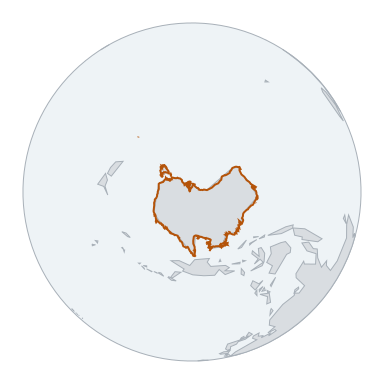 Australia on an orthographic globe, rotated 164°
{"feature_id": "AUS", "entity_name": "Australia", "entity_type": "country or territory", "adm_level": 0, "iso_a3": "AUS", "parent_name": "Oceania", "parent_adm1": "", "projection": "orthographic", "projection_center": [137.073, -32.4], "detail": "fine", "context": "on_globe", "style": "outline", "palette": "amber", "viewbox_px": 384, "rotation_deg": 164, "n_neighbors": 0, "source": "natural_earth", "source_scale": "50m", "svg_char_len": 10968}
<svg xmlns="http://www.w3.org/2000/svg" viewBox="0 0 384 384"><g transform="rotate(164 192 192)"><circle cx="192" cy="192" r="169" fill="#eef3f6" stroke="#a8b0b8"/><path d="M302.6,167.8L302.5,169.0L302.3,169.1L302.6,167.8ZM339.4,112.6L338.0,109.5L339.8,112.6L339.4,112.6ZM336.4,106.9L337.1,108.1L336.4,106.9L336.4,106.9ZM335.5,105.6L336.2,106.5L335.6,105.8L335.5,105.6ZM334.4,104.2L335.0,104.9L334.4,104.2ZM332.3,101.3L331.7,100.5L332.1,100.7L332.3,101.3ZM231.0,356.4L232.7,356.0L240.7,353.8L231.0,356.4ZM233.1,28.1L227.9,27.5L222.6,25.8L233.1,28.1ZM195.9,23.1L188.7,23.3L196.9,23.4L199.8,23.9L194.3,26.3L170.5,32.1L174.1,34.7L172.8,36.6L166.4,38.0L168.0,35.1L163.5,34.4L165.5,32.8L155.7,34.7L158.0,32.6L149.3,35.5L150.2,37.0L157.9,35.7L149.4,39.7L154.4,42.7L152.5,47.6L135.7,58.9L122.3,64.4L121.0,66.5L117.0,65.3L109.6,70.9L115.5,80.9L114.6,84.8L103.7,94.7L103.8,91.8L93.1,88.6L89.7,98.5L97.7,103.7L100.4,112.7L93.6,111.7L91.0,104.1L87.3,102.7L89.3,94.1L88.3,84.0L81.5,88.8L83.1,84.3L80.6,78.4L71.4,85.7L56.1,105.2L52.3,118.1L47.8,126.8L46.6,113.9L50.0,103.7L47.1,107.6L48.0,103.7L46.7,105.8L53.1,95.7L60.3,86.2L68.1,77.2L76.5,68.7L85.4,60.9L94.9,53.7L104.9,47.2L115.4,41.4L126.2,36.4L137.3,32.1L148.7,28.7L160.3,26.0L172.1,24.2L184.0,23.2L195.9,23.1ZM26.9,228.1L27.1,228.9L30.9,242.1L36.7,258.4L41.0,266.9L44.6,274.3L48.0,279.7L53.7,288.5L61.4,298.9L65.7,304.2L57.8,294.7L50.7,284.6L44.3,274.1L38.7,263.1L33.9,251.7L30.0,240.0L26.9,228.1ZM88.4,276.8L91.6,277.7L90.6,279.3L88.4,276.8ZM29.3,224.3L38.8,252.1L39.1,256.6L35.8,251.2L29.9,235.8L28.5,227.0L26.9,218.5L29.3,224.3ZM140.2,130.8L145.3,131.1L145.2,131.9L140.2,130.8ZM134.9,128.8L140.5,128.5L134.0,130.6L134.9,128.8ZM142.8,128.4L148.6,126.5L151.1,125.2L150.7,126.7L142.8,128.4ZM131.1,129.4L111.4,132.7L103.8,132.5L105.4,129.5L117.6,127.4L131.1,129.4ZM104.8,129.6L93.6,125.5L79.9,111.2L84.8,109.5L99.4,116.0L98.4,118.4L105.2,122.1L104.8,129.6ZM132.8,110.9L131.8,117.6L120.7,118.8L115.8,118.6L112.4,111.1L114.3,106.7L118.2,106.0L134.8,90.3L140.3,92.8L135.0,98.9L139.6,103.7L132.8,110.9ZM52.5,119.0L53.8,124.9L51.5,127.8L52.5,119.0ZM142.4,80.9L135.1,87.0L142.0,79.3L142.4,80.9ZM147.0,74.2L147.0,76.7L144.6,74.5L147.0,74.2ZM120.0,69.7L115.8,71.2L116.1,69.6L121.7,66.8L120.0,69.7ZM151.0,52.2L149.3,56.5L148.0,58.1L146.8,55.6L151.0,52.2ZM265.2,229.5L268.1,233.2L263.6,238.0L257.0,242.0L249.8,240.5L265.2,229.5ZM211.1,225.5L209.1,217.0L216.9,218.2L215.2,224.9L211.1,225.5ZM270.0,226.8L274.0,221.6L273.8,212.3L275.3,221.7L280.5,225.5L270.0,233.7L270.0,226.8ZM177.6,189.7L146.9,203.9L139.5,202.8L140.1,196.6L130.9,180.4L133.2,180.4L130.2,169.7L147.6,158.2L159.7,141.0L170.8,142.1L178.4,131.0L190.3,132.7L187.5,141.5L200.8,149.3L207.7,129.8L217.9,153.9L228.9,165.0L234.3,182.6L222.0,208.6L213.1,212.4L210.5,208.9L207.0,211.3L200.3,208.7L194.8,197.9L191.4,200.4L193.8,193.5L189.4,199.4L185.1,192.7L177.6,189.7ZM263.9,165.3L266.2,166.9L270.4,173.2L266.7,170.7L263.9,165.3ZM296.9,169.0L298.3,172.0L295.9,170.9L296.9,169.0ZM302.3,169.1L299.3,167.9L302.6,167.8L302.3,169.1ZM273.6,155.8L274.9,157.8L274.0,157.9L273.6,155.8ZM272.7,154.8L273.7,153.0L273.8,155.4L272.7,154.8ZM261.2,137.9L262.3,137.3L263.0,138.4L261.2,137.9ZM152.9,130.8L159.7,125.0L163.7,124.6L152.9,130.8ZM259.1,134.8L255.9,133.5L256.2,132.4L259.1,134.8ZM259.1,132.2L258.7,130.5L260.9,135.0L259.1,132.2ZM252.8,126.5L256.9,130.7L252.4,126.7L252.8,126.5ZM250.6,126.1L247.8,124.0L247.9,123.6L250.6,126.1ZM220.8,120.1L231.1,131.7L223.3,129.6L214.4,122.0L208.1,126.2L193.6,123.3L196.7,120.4L194.5,115.3L180.0,112.2L177.0,109.0L182.1,107.2L172.7,104.4L182.9,103.5L187.2,110.0L193.1,105.7L203.6,108.2L214.0,112.1L222.8,118.6L220.8,120.1ZM183.3,117.4L185.1,117.5L183.6,119.4L183.3,117.4ZM242.4,118.8L246.5,123.2L246.1,123.8L244.1,122.7L242.4,118.8ZM224.8,117.9L234.1,114.9L236.4,115.6L230.3,120.1L224.8,117.9ZM231.7,110.9L236.1,112.8L238.6,116.5L237.7,117.0L231.7,110.9ZM162.5,110.8L162.2,112.5L159.6,111.2L162.5,110.8ZM165.8,109.8L173.7,111.8L165.1,111.2L165.8,109.8ZM142.9,104.8L145.1,108.6L151.9,105.6L146.7,109.6L151.5,116.1L150.1,118.8L145.2,111.6L143.8,119.4L140.8,119.5L139.0,113.1L141.9,105.2L144.9,101.8L157.4,99.9L142.9,104.8ZM165.7,104.8L163.6,100.2L165.2,97.3L167.4,99.6L165.7,104.8ZM158.0,89.9L153.0,85.3L148.2,87.4L158.3,80.4L161.4,85.8L158.0,89.9ZM154.3,79.8L149.8,81.6L154.7,77.7L154.3,79.8ZM148.8,80.2L148.7,77.1L152.1,77.3L148.8,80.2ZM156.7,79.8L158.1,74.5L159.5,77.5L156.7,79.8ZM148.2,70.6L154.9,74.9L145.6,73.5L146.9,64.3L151.0,63.8L148.2,70.6ZM181.9,38.9L181.9,37.3L186.1,37.1L184.9,38.2L181.9,38.9ZM199.7,36.0L187.2,36.5L177.1,37.7L179.5,38.5L175.9,41.4L173.2,38.7L181.3,35.8L188.7,35.4L191.2,33.5L197.5,32.7L198.3,30.5L201.5,30.0L203.0,31.9L199.7,36.0ZM198.4,29.7L202.1,27.0L209.3,28.2L210.1,29.0L205.4,29.6L201.8,28.9L198.4,29.7ZM205.1,26.8L201.7,26.2L200.1,23.7L201.6,23.6L206.6,25.5L203.7,25.1L202.8,25.8L205.1,26.8Z" fill="#d9dde1" stroke="#a8b0b8" stroke-width="1"/><path d="M209.6,133.5L209.4,134.4L210.2,135.4L211.1,140.2L211.6,140.6L213.1,140.0L213.6,140.8L215.3,142.2L215.5,146.4L216.4,147.8L216.8,147.9L217.3,150.0L217.0,151.8L217.8,152.7L217.8,153.9L219.9,155.3L220.6,155.3L221.4,156.5L224.1,158.3L224.4,158.9L223.8,159.1L225.7,162.2L226.1,164.8L226.5,164.7L226.8,165.2L227.1,164.1L228.3,165.4L228.6,164.9L228.9,165.5L228.9,168.1L229.6,169.2L231.3,170.4L233.7,174.6L233.6,175.4L234.1,176.2L233.5,179.8L234.3,183.0L234.2,184.3L232.0,189.6L231.4,192.1L230.2,193.7L229.9,194.9L229.0,195.7L228.1,196.0L226.6,197.8L226.4,198.8L225.2,200.3L224.8,201.8L223.1,204.0L221.8,208.9L220.7,209.5L217.0,209.6L214.4,211.5L212.9,211.5L213.2,212.0L213.5,211.9L213.2,212.8L212.8,211.9L212.3,212.0L212.0,211.3L211.1,210.8L211.5,210.4L211.4,210.0L211.0,209.9L210.1,210.6L209.6,210.1L210.1,210.2L210.6,209.5L210.1,208.9L208.9,209.5L209.5,209.7L206.8,211.3L204.4,209.9L202.8,209.5L202.1,209.8L201.1,208.9L199.7,208.3L198.4,206.4L198.6,204.6L198.3,203.8L196.5,201.4L197.3,201.5L197.3,200.8L195.5,201.6L194.7,201.5L195.5,199.8L195.4,199.0L194.5,197.2L193.5,200.1L191.5,200.4L191.9,199.4L192.8,199.4L193.0,197.2L194.1,195.5L193.9,194.4L194.3,194.1L193.8,192.5L193.8,193.3L192.4,195.6L190.4,196.8L189.1,198.7L189.3,199.6L188.9,199.3L188.6,199.5L187.3,198.5L187.5,198.2L188.1,198.5L187.5,196.6L186.2,194.6L185.2,194.3L184.6,193.1L184.9,193.1L184.9,192.5L183.5,191.6L182.4,191.5L181.2,190.9L179.9,191.1L177.1,189.7L171.7,190.7L167.8,192.7L164.4,193.1L161.7,195.2L160.5,195.7L159.1,198.6L155.9,199.2L155.7,198.9L154.1,199.0L150.5,200.0L149.8,201.3L148.6,201.9L146.5,204.0L143.4,204.3L142.1,204.0L140.9,203.2L139.5,203.0L139.1,200.8L140.0,201.0L140.4,199.6L139.6,195.2L137.5,192.2L136.2,188.3L134.0,185.6L133.3,183.5L130.6,180.7L131.0,180.8L131.0,180.3L131.8,181.5L132.3,181.2L132.3,180.7L130.9,179.2L130.9,178.8L131.7,179.3L131.9,180.2L132.1,179.8L132.6,180.6L132.9,180.8L133.2,180.4L132.9,179.1L130.3,175.5L130.2,173.9L130.6,172.4L130.5,170.9L130.1,170.2L130.6,167.9L130.8,167.7L131.2,169.5L131.7,169.0L132.3,167.3L134.1,165.9L137.0,162.9L138.8,162.7L142.2,160.8L143.0,159.9L144.3,159.8L147.9,157.9L148.8,157.0L149.9,154.4L151.2,153.1L150.5,151.6L150.7,150.4L152.5,148.1L154.4,151.0L154.3,149.6L155.0,149.8L155.1,149.2L154.0,148.1L154.3,147.9L154.2,147.3L154.6,147.2L154.9,147.7L155.4,147.3L157.5,147.4L156.4,147.3L157.0,146.0L156.7,146.3L156.3,145.7L156.4,145.0L156.7,144.9L157.1,144.3L158.1,144.6L158.1,144.2L157.7,144.3L157.4,143.9L158.0,143.4L158.9,143.6L158.3,142.6L159.4,141.8L159.5,141.1L159.6,141.9L160.1,141.7L160.3,142.1L160.6,141.7L160.7,140.2L161.3,140.7L161.6,140.2L162.1,140.6L163.0,139.3L164.6,140.0L166.8,141.8L166.5,143.5L166.7,143.2L167.0,143.3L166.8,142.6L167.9,141.8L169.2,142.0L169.7,142.7L169.8,141.9L170.9,142.6L170.9,141.8L171.5,141.7L170.8,141.2L171.0,141.0L170.1,140.6L171.0,139.3L171.3,138.2L172.5,137.3L172.2,136.4L172.8,135.6L173.5,135.5L173.5,134.9L174.2,135.2L174.2,134.6L175.4,133.7L175.8,134.3L178.1,133.9L178.6,134.2L178.9,133.8L179.4,133.7L179.3,132.4L176.8,131.6L177.2,131.2L177.8,131.5L178.3,131.3L179.3,132.0L180.1,131.7L180.8,132.5L184.3,133.3L185.2,133.1L186.1,133.7L186.7,133.8L188.7,132.6L188.1,133.7L188.9,133.6L189.1,134.3L189.7,134.3L189.7,133.5L190.5,133.0L191.6,134.1L190.5,135.3L190.6,135.9L190.2,136.5L189.8,136.3L188.7,136.7L188.8,138.5L187.2,140.8L187.4,141.3L189.8,143.1L191.0,143.4L191.2,144.0L191.8,144.0L193.8,145.0L195.3,146.3L197.5,146.9L198.1,148.1L200.3,149.2L201.7,149.1L202.6,148.5L204.3,144.7L205.0,141.9L204.6,138.4L205.1,136.9L205.0,136.0L206.0,135.5L205.2,134.7L205.3,134.4L205.8,133.3L206.1,133.6L206.7,130.6L207.6,129.9L208.0,130.1L207.8,130.4L208.5,131.1L208.7,133.1L209.6,133.5ZM209.0,216.9L210.3,217.3L212.4,218.6L213.4,218.5L213.6,218.7L214.0,218.3L215.0,218.4L216.2,217.9L216.7,218.1L216.5,222.1L216.3,221.4L215.8,222.1L215.4,223.3L215.3,224.7L214.9,224.9L214.7,224.3L215.0,224.0L214.6,223.7L214.3,224.3L214.0,223.5L213.7,224.7L213.2,224.5L213.4,224.9L212.8,225.8L211.1,225.5L211.0,225.0L211.5,224.8L210.8,224.7L210.1,223.6L209.7,221.5L210.2,222.3L210.3,221.9L210.0,221.3L209.8,221.4L209.8,220.9L209.0,219.0L208.8,217.8L209.0,216.9ZM173.4,131.9L175.2,131.3L176.0,132.0L174.4,133.4L173.1,132.6L172.7,131.5L173.4,131.9ZM193.3,201.8L194.0,201.8L194.5,202.2L193.4,202.3L192.9,202.8L191.2,202.7L190.7,202.3L191.0,201.9L192.6,201.4L193.2,201.5L193.3,201.8ZM191.0,138.1L191.5,138.1L191.1,138.9L191.7,139.2L191.5,139.5L189.9,139.3L190.1,138.3L190.8,137.8L191.0,138.1ZM234.0,175.6L233.8,175.0L234.1,174.0L234.6,173.5L234.5,172.9L234.8,172.7L234.9,173.7L234.0,175.6ZM216.6,214.9L217.2,215.6L217.2,216.2L216.7,216.4L216.1,215.2L216.6,214.9ZM172.4,131.9L173.4,133.2L171.8,133.2L172.4,131.9ZM207.4,215.2L207.3,214.5L207.7,213.6L207.9,214.7L207.4,215.2ZM199.4,145.8L198.7,146.2L197.9,146.5L198.3,145.7L199.1,145.5L199.4,145.8ZM130.5,180.3L129.9,179.6L129.7,178.9L129.8,178.9L130.5,180.3ZM217.1,216.6L217.4,217.0L217.2,217.1L216.4,216.7L217.1,216.6ZM229.4,168.4L229.9,168.5L229.8,169.2L229.4,168.4ZM217.7,151.7L217.8,152.2L217.7,152.5L217.2,151.8L217.7,151.7ZM213.8,224.9L213.8,225.6L213.4,225.3L213.8,224.9ZM234.5,180.7L234.2,181.4L234.3,180.5L234.5,180.7ZM179.1,131.5L178.7,130.7L179.0,130.5L179.2,131.1L179.1,131.5ZM191.0,130.9L190.4,131.6L191.2,130.4L191.0,130.9ZM234.3,180.3L234.2,179.7L234.4,179.5L234.5,179.5L234.3,180.3ZM192.1,143.7L191.6,143.5L191.8,143.1L192.0,143.3L192.1,143.7ZM189.7,138.1L189.3,138.2L189.5,137.7L189.7,138.1ZM133.7,163.6L133.7,164.2L133.7,163.6ZM207.1,129.9L206.8,130.1L206.6,129.7L206.8,129.6L207.1,129.9ZM211.4,210.3L211.0,210.5L210.9,210.4L211.0,210.2L211.4,210.3ZM228.5,259.5L228.2,260.0L228.6,259.3L228.5,259.5ZM190.3,131.8L189.4,132.2L190.3,131.6L190.3,131.8ZM158.3,141.9L158.1,142.2L158.2,141.8L158.3,141.9ZM214.1,224.9L213.9,224.6L214.0,224.4L214.1,224.5L214.1,224.9ZM199.0,147.5L198.6,147.5L198.8,147.2L199.0,147.5ZM156.8,144.5L156.6,144.7L156.6,144.3L156.8,144.5ZM210.7,210.5L211.0,210.9L210.5,210.7L210.7,210.5ZM226.8,164.0L226.7,164.0L226.8,163.7L226.8,164.0ZM209.2,216.4L209.1,216.7L209.1,216.4L209.2,216.4Z" fill="none" stroke="#b45309" stroke-width="2"/></g></svg>